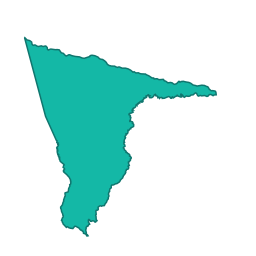 Pium, Tocantins, Brazil, rotated 83°
{"feature_id": "56859067B30046930034094", "entity_name": "Pium", "entity_type": "district", "adm_level": 2, "iso_a3": "BRA", "parent_name": "Brazil", "parent_adm1": "Tocantins", "projection": "orthographic", "projection_center": [-49.76, -9.946], "detail": "fine", "context": "isolated", "style": "filled", "palette": "teal", "viewbox_px": 256, "rotation_deg": 83, "n_neighbors": 0, "source": "geoboundaries", "source_scale": "gbopen_adm2", "svg_char_len": 5935}
<svg xmlns="http://www.w3.org/2000/svg" viewBox="0 0 256 256"><g transform="rotate(83 128 128)"><path d="M74.3,113.5L72.9,115.1L73.2,116.2L70.9,118.4L69.3,120.7L68.3,123.2L67.9,126.5L66.4,129.1L66.3,129.9L66.6,131.0L65.9,132.5L65.0,133.7L64.5,136.9L63.5,139.4L62.1,140.8L60.2,141.6L58.8,142.7L56.9,144.8L56.3,147.0L55.4,148.1L54.0,149.1L52.2,152.1L51.4,154.8L51.4,155.9L51.7,156.9L52.4,157.2L53.5,162.9L53.0,164.8L51.5,167.5L50.5,171.8L49.4,174.8L48.3,176.8L48.1,177.7L49.0,180.4L48.8,180.9L47.6,182.0L46.1,183.0L45.2,185.1L42.1,186.7L41.6,188.3L41.4,190.6L40.3,194.8L40.3,195.6L40.9,197.6L40.2,198.3L38.2,198.4L36.6,199.6L36.6,201.0L36.8,202.3L35.9,204.1L36.2,207.0L35.6,208.4L34.4,209.8L34.2,211.0L34.4,211.9L34.0,212.5L33.2,213.0L30.9,213.2L29.7,214.4L29.0,215.5L28.4,217.4L25.8,219.4L26.1,219.6L106.4,208.4L131.6,200.6L132.0,200.0L133.7,200.4L134.0,199.9L134.8,199.8L134.7,199.2L135.8,199.7L136.1,199.5L136.1,199.1L137.1,199.3L137.7,200.2L138.2,200.4L138.4,200.8L139.0,201.2L139.5,201.1L139.6,200.6L140.0,200.5L140.5,200.6L141.0,201.0L141.4,200.4L142.3,200.5L142.3,201.0L143.0,201.2L145.8,200.9L145.6,200.3L146.1,200.0L147.5,200.5L148.5,199.5L149.0,200.0L149.4,199.5L150.0,199.6L150.3,200.0L151.7,199.4L152.4,199.5L153.3,198.9L156.5,195.9L156.9,195.9L157.3,196.4L159.2,197.2L159.8,196.5L161.0,195.9L161.7,196.8L162.7,197.4L163.3,197.3L163.2,196.9L164.1,196.9L167.2,194.1L168.0,193.8L168.6,193.1L169.8,192.4L172.7,191.3L173.5,191.6L173.9,191.3L174.5,191.3L176.5,191.7L177.2,192.8L178.4,192.7L180.9,194.3L183.7,195.0L184.1,195.2L184.7,198.3L185.0,198.5L188.0,198.6L188.4,199.1L191.7,200.7L193.0,200.8L193.8,201.5L196.3,202.5L198.3,204.5L199.7,204.6L200.5,204.2L202.9,204.1L205.3,203.3L206.7,203.3L207.2,202.9L208.7,203.4L209.0,203.9L211.6,205.3L212.2,204.7L213.3,204.7L214.7,204.1L215.3,204.1L219.1,201.3L218.6,200.6L218.6,200.1L219.7,199.0L220.4,197.5L221.1,195.0L219.1,192.9L219.1,192.2L219.5,191.3L220.5,190.1L220.9,189.2L223.5,187.5L223.8,186.5L224.8,185.9L225.0,185.4L225.9,185.0L227.1,185.0L228.1,182.9L230.2,181.9L230.1,180.8L229.4,181.1L227.8,182.5L227.1,182.1L224.5,182.4L223.5,182.3L223.0,181.8L221.9,181.8L221.2,181.4L220.4,180.4L220.7,180.1L220.6,179.8L219.1,178.8L218.9,177.8L218.2,177.9L216.5,178.8L214.9,178.3L214.6,178.6L214.0,177.9L214.8,177.1L216.0,176.6L216.2,175.6L215.8,174.7L216.0,173.3L217.3,172.3L217.4,171.6L216.7,171.2L216.4,170.2L216.1,170.0L215.1,170.7L211.5,170.5L210.7,170.8L210.2,170.6L209.9,170.1L206.6,170.0L205.8,169.5L205.8,168.1L205.5,167.7L205.1,167.4L203.3,167.4L202.8,167.2L201.9,165.6L201.8,165.1L202.4,163.7L202.1,163.1L202.1,160.9L200.7,160.1L198.9,158.3L197.3,157.6L195.9,156.2L194.6,156.1L193.4,155.3L192.6,155.2L191.5,155.5L190.0,155.1L189.4,154.8L189.2,154.4L188.6,153.9L188.0,154.0L186.1,153.3L185.3,151.9L183.6,151.8L182.7,151.2L182.7,149.2L181.8,147.0L181.9,145.9L180.5,143.1L179.2,142.0L178.7,141.9L176.8,139.3L176.1,139.2L175.7,138.7L175.0,138.5L172.8,136.2L172.0,136.0L171.9,135.7L171.0,135.8L169.7,134.8L169.3,134.8L168.9,134.4L168.9,133.1L168.2,132.4L167.0,132.1L166.2,132.6L165.6,132.3L165.4,131.3L163.0,131.8L162.0,131.8L161.9,131.2L161.4,131.1L161.2,130.5L160.5,129.7L159.9,129.3L159.1,129.5L158.4,128.5L157.8,128.4L156.5,129.1L156.2,129.9L155.5,129.8L155.1,129.5L154.1,130.1L153.5,130.7L153.4,131.3L152.3,131.9L152.0,132.9L151.2,132.7L150.5,133.0L149.3,134.2L148.5,134.2L147.2,135.0L146.8,134.9L146.4,134.5L145.8,133.2L144.4,133.3L143.3,134.1L142.4,133.8L142.0,133.3L141.7,133.7L141.2,133.3L140.6,133.6L138.4,132.6L138.2,132.2L137.3,131.6L136.4,132.2L135.5,131.6L134.7,130.7L133.7,130.8L133.4,130.6L133.8,129.8L132.9,128.8L131.3,128.4L130.3,128.4L130.5,127.4L129.3,126.5L129.1,125.3L128.2,125.1L127.2,122.3L125.5,121.9L124.7,122.1L124.0,123.0L123.4,122.5L122.9,122.6L122.4,122.9L121.9,124.2L121.2,124.6L121.5,125.4L121.0,125.4L120.2,124.7L117.8,123.9L117.3,124.6L116.3,124.1L115.4,124.5L115.0,125.4L114.6,125.4L114.1,125.2L113.6,124.3L113.6,122.9L113.0,121.3L112.6,121.7L111.8,121.3L111.6,120.8L111.2,121.8L110.1,121.4L109.7,121.0L110.1,121.0L110.0,120.6L109.3,120.4L108.7,119.4L108.8,119.1L108.2,118.2L107.5,117.6L106.0,117.1L105.9,116.4L106.3,116.2L105.4,116.0L105.1,115.7L105.4,115.0L104.9,114.8L104.7,113.9L104.3,114.1L104.3,113.6L104.0,113.4L104.2,113.1L103.7,113.0L103.5,112.6L103.2,112.5L103.1,111.9L103.5,111.5L104.0,111.3L104.1,110.9L103.6,109.9L103.2,109.9L103.0,110.6L102.6,110.6L102.3,110.4L102.4,109.9L101.9,109.8L101.7,109.2L100.7,108.7L100.5,108.4L100.1,108.4L100.1,108.0L100.5,107.9L99.8,105.9L99.1,105.9L98.7,106.3L98.3,106.1L98.4,104.6L97.5,104.1L97.5,103.6L98.0,103.3L98.6,103.6L98.9,103.4L98.9,102.4L99.4,102.9L99.9,103.1L100.6,102.7L100.8,100.9L100.6,100.3L99.9,99.1L98.3,97.8L97.9,96.7L98.5,96.4L99.3,96.6L99.9,95.1L101.0,94.6L101.6,94.7L101.6,94.2L101.2,93.8L101.4,93.4L102.3,93.1L101.9,92.8L101.7,91.1L102.3,90.2L102.8,90.3L102.9,88.3L101.7,84.0L102.1,82.9L103.0,82.3L103.0,81.7L103.6,81.9L103.8,81.3L103.6,80.8L102.6,80.1L103.2,79.4L103.6,79.3L103.0,77.9L102.5,77.4L102.2,75.5L101.6,75.4L101.6,75.0L102.2,74.9L103.8,71.6L103.6,70.8L103.1,70.7L102.3,71.2L101.9,71.7L100.9,71.5L100.9,71.0L102.2,69.7L103.7,69.1L104.4,68.4L103.3,66.2L103.9,64.5L103.9,63.1L103.6,62.2L103.0,61.6L103.0,59.2L101.7,57.5L101.4,56.6L102.1,55.7L104.3,54.9L104.9,54.2L104.5,52.1L105.1,51.0L105.1,48.0L106.3,45.8L106.1,44.7L105.0,43.5L104.7,42.7L104.9,41.5L106.3,39.6L105.8,38.8L105.7,37.9L105.8,36.4L103.3,36.4L102.3,36.7L101.9,37.2L101.2,39.5L101.2,40.7L100.9,41.2L99.1,42.8L98.3,43.0L96.8,43.8L96.1,45.4L95.1,46.9L94.5,49.6L94.8,54.5L94.2,55.4L93.3,58.1L91.2,60.3L90.2,62.0L89.3,65.1L88.3,67.7L88.5,68.3L88.3,69.5L88.6,70.0L88.8,70.9L88.0,71.4L87.9,71.9L89.7,74.1L90.1,75.0L90.3,76.7L89.8,77.5L88.7,78.5L88.0,80.1L88.0,82.9L86.1,84.9L85.5,86.3L84.2,86.8L84.0,87.1L83.9,90.6L83.6,91.7L82.6,93.2L82.5,95.9L82.3,96.2L81.5,96.4L81.2,98.1L78.7,101.0L77.3,103.4L76.6,104.0L75.9,108.1L75.4,109.6L74.5,110.9L74.3,113.5Z" fill="#14b8a6" stroke="#0f766e" stroke-width="1.5"/></g></svg>